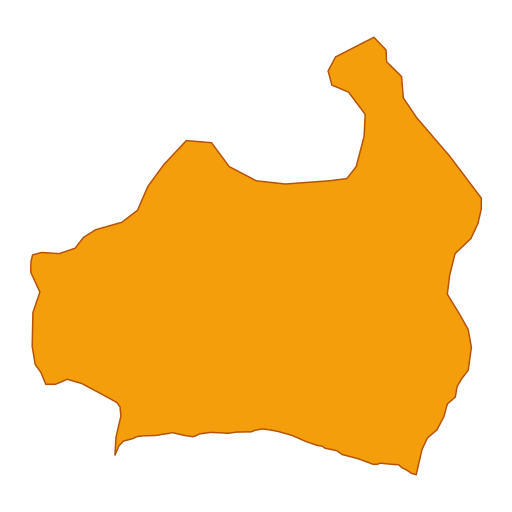 Mayo-Kani, Extrême-Nord, Cameroon (Natural Earth projection)
{"feature_id": "32672807B89855431664933", "entity_name": "Mayo-Kani", "entity_type": "district", "adm_level": 2, "iso_a3": "CMR", "parent_name": "Cameroon", "parent_adm1": "Extrême-Nord", "projection": "natural_earth1", "projection_center": [14.491, 10.306], "detail": "fine", "context": "isolated", "style": "filled", "palette": "amber", "viewbox_px": 512, "rotation_deg": 0, "n_neighbors": 0, "source": "geoboundaries", "source_scale": "gbopen_adm2", "svg_char_len": 1556}
<svg xmlns="http://www.w3.org/2000/svg" viewBox="0 0 512 512"><path d="M35.2,364.4L40.9,372.4L45.8,384.3L55.4,384.3L67.2,379.3L81.7,383.5L103.3,395.0L117.0,402.6L120.0,406.8L120.9,416.1L116.0,437.2L114.9,455.1L114.9,455.4L118.9,445.8L123.5,441.1L133.5,438.4L136.1,437.0L137.1,436.5L143.9,435.8L155.4,435.5L158.6,435.0L163.2,434.2L168.5,433.5L170.9,432.9L173.0,432.8L182.5,435.0L185.4,435.6L192.9,436.7L195.9,435.7L197.4,435.0L199.1,434.0L210.2,432.4L222.6,432.9L227.9,433.3L236.2,432.1L251.4,431.8L255.4,430.2L262.0,429.0L265.2,429.3L269.5,429.8L278.2,431.5L290.7,435.0L291.9,435.3L305.6,441.4L317.3,445.4L321.9,446.1L325.3,448.3L329.9,449.2L336.8,450.7L342.3,454.6L357.8,458.6L373.1,464.3L377.2,464.3L380.3,463.2L384.5,463.6L393.9,464.5L398.7,464.7L401.8,467.7L405.9,469.6L411.6,473.4L416.2,474.7L422.0,449.5L427.4,438.0L437.0,429.8L443.8,416.8L447.4,403.9L455.3,397.0L457.1,386.5L461.9,378.4L468.2,370.3L471.4,347.4L468.2,329.6L459.7,314.4L447.3,294.2L449.7,275.1L455.1,253.6L471.0,238.4L478.0,223.3L481.3,209.0L481.3,203.6L481.3,198.1L449.5,155.9L438.2,142.8L416.6,117.6L403.3,97.9L401.6,76.6L386.6,61.8L386.0,49.9L373.9,37.3L365.0,41.8L335.6,56.9L328.1,71.0L331.9,85.1L348.5,92.1L365.2,114.3L364.1,136.4L356.2,166.6L346.8,178.6L329.1,180.8L285.2,184.0L256.3,180.8L229.2,166.6L211.5,142.7L186.3,140.6L163.9,164.5L148.0,186.2L140.7,202.9L137.7,210.1L121.8,222.3L95.7,229.7L83.6,237.3L75.1,248.2L59.3,253.6L41.5,252.5L32.6,254.9L31.0,261.3L30.7,272.1L39.9,292.1L32.9,312.6L32.2,346.5L35.2,364.4Z" fill="#f59e0b" stroke="#b45309" stroke-width="1.5"/></svg>